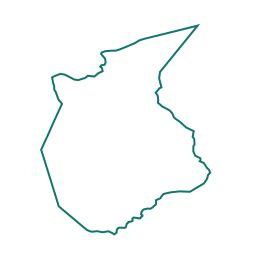 outline of Barre Denis, Anse-la-Raye, Saint Lucia, rotated 274°
{"feature_id": "8701671B57148125008640", "entity_name": "Barre Denis", "entity_type": "district", "adm_level": 2, "iso_a3": "LCA", "parent_name": "Saint Lucia", "parent_adm1": "Anse-la-Raye", "projection": "equal_earth", "projection_center": [-60.992, 13.968], "detail": "fine", "context": "isolated", "style": "outline", "palette": "teal", "viewbox_px": 256, "rotation_deg": 274, "n_neighbors": 0, "source": "geoboundaries", "source_scale": "gbopen_adm2", "svg_char_len": 1748}
<svg xmlns="http://www.w3.org/2000/svg" viewBox="0 0 256 256"><g transform="rotate(274 128 128)"><path d="M69.3,55.0L59.8,58.7L45.0,64.4L23.4,94.1L22.7,96.2L22.2,97.7L22.1,98.9L22.0,99.5L22.1,100.0L22.7,103.2L22.9,105.2L22.7,106.4L22.4,108.2L22.3,110.2L22.7,111.9L23.6,115.8L21.8,120.3L21.0,121.8L22.8,123.9L24.2,123.8L26.0,124.1L27.2,124.9L28.0,126.3L28.1,127.6L28.1,131.7L29.0,132.8L32.6,133.5L33.3,134.6L34.2,134.9L34.8,137.2L35.6,139.0L36.6,139.0L38.0,138.7L39.1,140.1L38.9,142.4L38.6,146.3L41.2,148.2L41.2,148.4L41.9,148.5L42.8,147.1L43.7,147.1L44.7,147.3L46.0,147.8L46.9,148.4L47.6,149.1L48.0,149.8L48.4,151.2L48.9,152.6L49.0,153.7L49.0,155.2L49.0,156.0L49.8,157.0L50.4,158.1L51.4,158.8L52.5,159.9L53.2,160.9L54.8,161.4L57.8,160.9L58.8,162.5L60.2,165.3L62.3,166.2L64.7,168.1L66.8,175.1L68.4,184.0L68.7,194.2L78.1,207.7L83.2,210.5L86.9,211.2L89.0,213.1L89.3,212.8L91.6,212.1L94.0,209.3L98.4,206.1L99.8,201.9L101.1,202.6L102.9,202.2L105.0,197.0L109.2,194.8L114.5,194.5L116.3,195.5L121.8,194.8L123.7,193.1L129.4,193.8L132.6,186.0L137.8,179.3L141.0,174.0L142.6,172.6L145.7,171.2L148.6,168.0L151.7,160.9L155.4,156.0L157.5,156.3L162.5,155.3L165.1,153.2L168.0,155.3L169.6,156.3L170.9,158.5L177.5,156.3L180.1,155.6L186.1,156.0L234.5,190.0L235.0,190.3L234.7,189.5L218.3,138.6L216.2,133.1L213.3,129.2L209.5,121.8L206.0,114.7L204.3,110.4L204.0,106.1L203.1,100.3L202.5,98.8L201.4,96.4L199.9,96.0L195.6,100.3L192.1,101.1L189.5,100.3L188.6,96.8L187.2,96.0L186.0,97.9L182.8,98.7L180.8,94.8L177.0,90.9L177.3,84.3L175.0,81.9L172.3,74.9L172.6,71.0L176.7,61.6L177.3,56.9L175.0,51.8L173.2,48.7L167.4,50.3L164.8,51.4L161.0,51.8L159.0,53.4L151.7,56.5L147.5,60.5L131.1,54.3L115.4,48.6L100.3,42.9L69.3,55.0Z" fill="none" stroke="#0f766e" stroke-width="2"/></g></svg>